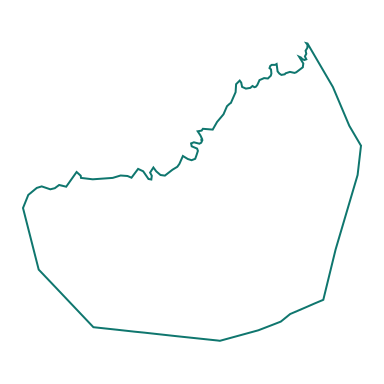 the district of San Bartolomé Loxicha, Oaxaca, Mexico
{"feature_id": "50627088B20953920134317", "entity_name": "San Bartolomé Loxicha", "entity_type": "district", "adm_level": 2, "iso_a3": "MEX", "parent_name": "Mexico", "parent_adm1": "Oaxaca", "projection": "orthographic", "projection_center": [-96.753, 15.957], "detail": "fine", "context": "isolated", "style": "outline", "palette": "teal", "viewbox_px": 384, "rotation_deg": 0, "n_neighbors": 0, "source": "geoboundaries", "source_scale": "gbopen_adm2", "svg_char_len": 1577}
<svg xmlns="http://www.w3.org/2000/svg" viewBox="0 0 384 384"><path d="M323.3,299.8L335.6,249.5L357.6,175.0L361.0,145.6L360.8,145.4L349.3,125.8L332.9,87.0L307.5,43.5L306.3,43.2L307.5,44.9L307.4,47.7L306.6,49.1L305.6,50.7L306.3,53.8L304.9,56.4L306.3,59.3L304.3,60.0L302.3,59.0L300.9,57.5L299.1,56.7L303.3,63.5L302.8,67.3L296.2,72.3L294.5,72.9L289.9,71.9L285.6,73.3L284.7,74.3L281.4,74.9L279.4,73.6L277.6,71.4L276.6,64.0L275.0,64.9L271.7,64.9L270.3,65.9L269.5,68.1L271.0,69.4L271.4,73.6L270.8,75.7L267.9,78.5L264.1,78.1L259.5,80.1L257.3,85.0L255.8,86.8L254.4,87.2L252.5,86.0L250.3,87.9L245.9,88.6L242.1,86.9L241.2,82.6L239.7,80.6L236.1,84.2L235.6,92.2L230.9,102.9L229.7,103.7L227.0,106.2L223.5,114.3L217.1,121.9L212.7,129.6L202.9,128.8L201.6,130.6L197.7,131.3L200.4,135.4L202.1,139.0L201.5,139.3L201.3,139.9L202.2,140.5L201.2,142.7L199.4,143.7L193.9,142.3L191.1,143.4L191.7,146.3L197.1,148.6L197.9,150.9L196.4,155.5L195.2,158.8L191.6,160.2L187.8,159.0L182.9,156.0L179.4,163.9L177.3,166.8L172.5,169.7L164.9,175.6L160.5,175.0L156.2,171.3L153.4,167.5L150.1,172.6L151.8,175.8L151.3,179.5L148.5,179.0L143.2,171.3L138.1,168.9L131.5,177.7L127.5,176.0L120.6,175.5L112.7,177.9L92.7,179.3L81.0,177.9L80.7,175.7L76.6,172.0L66.2,186.7L59.1,185.0L54.8,188.2L50.3,189.3L41.7,186.4L36.8,187.9L28.3,194.9L23.1,207.8L23.0,208.0L38.7,269.6L54.5,286.2L93.4,327.2L117.7,329.8L134.8,331.7L144.0,332.6L176.7,336.2L196.7,338.3L217.6,340.5L219.9,340.8L239.7,335.4L258.3,330.3L272.6,324.8L280.8,321.6L290.2,314.0L303.3,308.4L314.3,303.6L323.3,299.8Z" fill="none" stroke="#0f766e" stroke-width="2"/></svg>